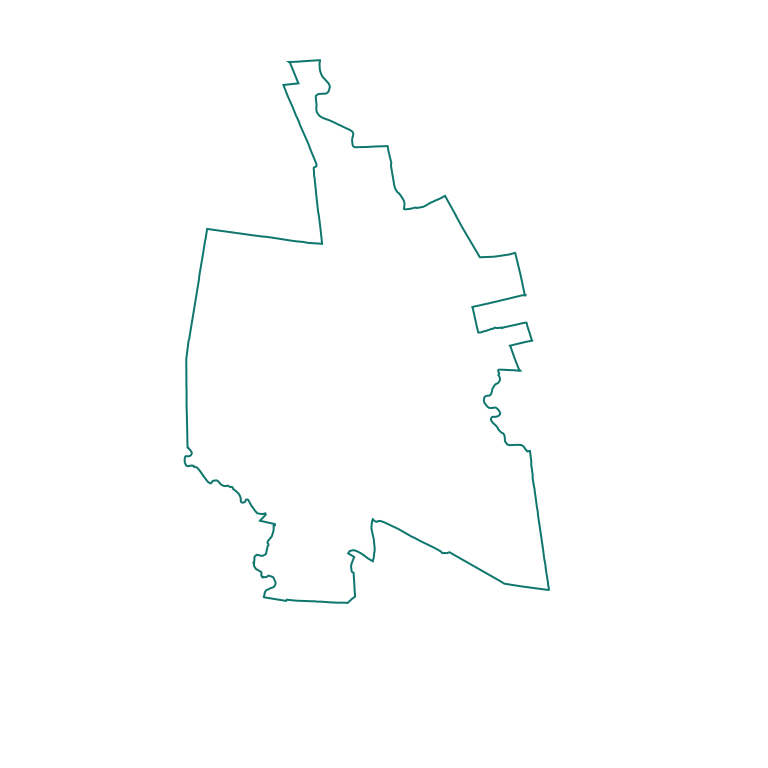 outline of Ulmi, Giurgiu, Romania, rotated 31°
{"feature_id": "2599482B15778475924534", "entity_name": "Ulmi", "entity_type": "district", "adm_level": 2, "iso_a3": "ROU", "parent_name": "Romania", "parent_adm1": "Giurgiu", "projection": "equal_earth", "projection_center": [25.773, 44.5], "detail": "fine", "context": "isolated", "style": "outline", "palette": "teal", "viewbox_px": 768, "rotation_deg": 31, "n_neighbors": 0, "source": "geoboundaries", "source_scale": "gbopen_adm2", "svg_char_len": 6153}
<svg xmlns="http://www.w3.org/2000/svg" viewBox="0 0 768 768"><g transform="rotate(31 384 384)"><path d="M434.4,607.2L436.1,606.1L438.0,605.4L442.7,602.7L449.1,599.5L456.1,595.8L462.5,591.9L465.6,590.4L467.2,584.7L468.7,581.2L455.2,561.5L453.9,561.6L452.8,561.3L449.8,557.5L449.1,555.9L448.6,554.0L447.5,547.6L440.5,547.6L440.6,545.0L441.4,544.0L442.4,543.2L443.4,542.1L446.7,541.3L450.9,541.0L454.8,541.2L460.5,541.8L465.7,541.7L464.5,537.7L462.6,533.9L461.9,531.7L460.7,529.8L455.2,522.3L451.2,518.2L448.5,515.3L447.3,513.8L446.2,511.7L444.3,507.3L444.1,505.7L446.4,506.3L447.4,506.3L448.8,505.8L449.1,505.5L449.3,504.9L450.6,503.7L451.5,503.3L453.4,502.8L455.8,502.4L470.8,500.9L485.3,500.6L487.5,500.5L488.8,500.2L497.1,499.8L512.4,498.4L519.4,498.3L520.6,498.9L521.2,498.9L522.9,497.7L525.2,496.5L526.7,494.5L586.1,493.1L589.9,493.2L605.1,487.1L631.2,475.8L631.3,475.5L630.7,474.4L628.1,471.6L626.1,468.9L618.4,459.8L615.1,455.4L612.6,452.7L609.9,449.5L607.1,445.8L596.5,432.8L583.8,417.4L581.4,414.1L578.5,410.8L571.0,401.4L569.1,399.2L566.9,396.2L564.8,394.0L559.9,388.2L558.3,385.3L552.0,377.7L550.1,374.5L543.6,366.2L542.3,367.5L541.7,367.9L541.4,367.4L540.2,367.6L539.5,367.4L538.5,366.8L535.6,365.6L533.4,365.6L532.7,365.8L530.2,367.1L523.0,371.8L521.5,372.2L520.7,372.3L517.3,370.8L516.7,370.2L516.4,369.5L514.6,367.0L512.5,365.2L511.5,365.0L509.8,365.2L506.9,364.5L506.1,364.3L502.7,362.4L499.9,361.7L497.2,361.2L495.5,360.5L494.1,359.5L493.7,358.8L493.5,357.9L493.5,357.1L493.7,356.6L494.7,355.7L496.7,354.6L498.3,352.8L498.7,352.1L498.9,351.3L499.0,350.4L498.9,349.7L498.4,349.0L497.7,348.4L496.6,347.8L494.6,347.0L493.6,346.8L492.1,346.7L491.1,347.1L489.7,348.4L487.2,350.0L486.3,350.3L485.4,350.3L483.9,350.0L480.2,348.6L479.2,347.9L477.9,346.4L477.1,344.3L477.0,342.8L477.6,341.8L478.4,341.0L479.8,340.1L480.5,339.3L480.8,338.3L480.9,337.6L480.6,335.7L480.0,333.8L479.6,332.9L479.4,331.7L479.4,329.3L479.4,328.2L480.0,326.2L481.2,324.6L481.5,322.8L481.5,321.5L481.2,320.6L479.8,318.8L478.4,317.8L477.4,317.4L477.3,315.5L476.0,314.8L475.3,314.2L474.9,313.6L475.0,313.2L475.0,312.8L475.3,312.4L478.8,310.4L484.7,307.3L488.2,305.3L492.7,303.2L493.9,302.4L492.2,301.9L491.4,301.4L482.2,294.3L473.2,286.8L472.2,286.3L483.8,274.9L488.8,270.5L488.8,270.4L487.7,270.0L483.0,265.7L477.0,260.5L474.8,258.2L474.2,258.1L470.0,261.8L468.5,263.4L457.8,273.5L457.2,274.1L456.5,275.3L456.1,275.4L455.7,275.1L453.1,277.2L451.1,278.3L450.2,278.5L449.8,278.8L449.5,279.2L449.4,279.9L449.3,280.2L447.8,281.4L446.6,282.8L446.4,283.3L445.4,284.2L444.7,285.3L442.0,287.9L440.6,289.7L440.0,290.2L438.3,291.3L434.8,287.8L422.2,274.5L421.2,273.4L420.1,272.7L420.9,271.7L434.1,259.1L456.8,236.8L457.7,236.1L459.6,235.3L459.5,235.0L459.0,235.4L444.8,220.1L429.4,204.5L428.7,204.1L424.9,208.3L412.8,218.2L400.9,226.0L370.3,209.4L358.4,202.4L358.5,202.3L339.4,191.3L337.5,194.6L335.4,197.8L333.2,200.7L332.0,202.7L330.7,204.4L329.2,207.0L328.8,207.9L327.4,210.4L326.2,212.1L321.4,216.3L320.8,216.2L320.0,216.6L316.6,220.0L312.3,223.4L310.9,223.6L308.9,219.2L307.6,217.5L305.7,216.1L300.7,213.6L298.2,212.8L296.8,212.7L293.5,211.1L290.8,208.8L277.6,193.4L276.3,190.6L267.7,181.9L264.6,178.2L253.3,185.5L247.5,189.5L237.8,195.6L236.9,196.1L235.3,196.1L234.1,195.3L233.5,194.7L231.6,192.2L230.7,190.7L230.0,188.9L229.7,187.5L229.1,185.9L228.8,185.4L227.7,184.4L226.4,183.9L223.8,183.8L216.5,184.6L214.2,184.7L211.7,185.1L207.0,185.4L201.3,186.1L194.7,187.4L192.9,187.5L190.3,187.3L188.7,186.7L186.5,185.6L185.3,184.4L184.4,183.3L182.3,179.3L178.5,174.3L177.5,172.8L177.3,172.0L177.7,170.6L178.4,169.4L178.8,168.9L183.5,165.8L184.3,165.2L185.2,164.2L185.5,163.5L185.7,162.5L185.7,161.2L184.9,158.1L184.7,157.9L184.5,157.1L183.3,155.9L181.4,154.8L172.9,152.2L171.0,151.0L169.6,150.0L167.7,148.2L166.1,146.2L163.7,142.6L163.3,141.4L162.4,139.5L160.7,140.5L146.3,150.5L143.0,152.9L136.7,156.9L137.9,157.0L139.8,158.4L155.8,170.4L143.8,179.5L153.6,187.1L162.5,193.3L168.9,198.1L170.2,199.2L172.8,200.8L176.5,203.4L178.2,205.0L195.4,217.0L201.1,221.6L212.2,229.8L213.0,230.6L213.6,231.3L213.9,232.4L212.5,234.3L212.5,235.1L215.8,239.8L216.8,241.5L218.9,243.7L219.6,244.8L228.7,257.0L238.8,270.3L241.1,272.8L250.5,284.8L258.7,295.7L246.1,302.2L241.4,303.9L235.3,306.9L229.4,309.4L210.2,317.2L206.2,319.0L204.3,320.0L195.9,323.7L152.5,342.2L156.0,350.7L157.1,353.9L161.3,364.3L169.8,386.0L170.6,387.8L171.0,388.4L171.6,389.8L193.9,446.0L194.1,447.3L201.8,464.7L216.5,488.8L218.9,492.5L225.3,503.2L240.4,527.0L246.5,536.8L247.9,538.7L248.1,539.4L248.4,539.7L250.2,539.7L250.7,540.2L251.6,540.3L253.0,540.9L254.7,541.9L255.1,542.9L255.2,544.0L255.1,544.7L254.8,545.4L253.8,546.6L251.2,548.0L251.1,548.6L251.3,549.8L252.1,551.5L253.3,553.5L255.9,555.5L257.4,555.8L258.9,555.0L260.8,553.1L262.9,552.2L263.6,552.9L264.6,552.4L265.9,552.0L267.4,552.1L270.7,553.2L277.3,556.2L283.2,558.5L285.6,558.7L286.7,558.4L287.1,556.9L287.0,555.8L287.6,554.8L290.1,552.8L292.1,552.8L295.8,554.1L297.7,554.1L299.4,553.8L301.0,553.0L301.8,552.1L302.7,551.5L304.7,551.6L307.1,550.5L307.8,550.8L308.2,551.4L308.7,551.8L310.1,551.7L311.1,552.0L313.5,552.3L316.0,552.9L318.4,554.3L320.5,556.2L321.3,557.9L322.6,558.8L323.9,558.6L325.1,557.4L325.6,556.2L325.3,554.4L325.7,553.7L326.5,553.3L327.4,553.3L332.8,556.5L338.9,559.1L342.0,560.1L346.4,558.4L348.9,556.0L349.9,556.9L348.8,562.3L348.1,564.8L348.1,565.1L362.6,560.3L363.3,561.4L362.4,562.3L364.7,566.2L366.3,572.4L365.5,577.9L365.5,579.0L366.0,580.2L367.2,580.7L367.9,581.5L367.7,582.6L370.3,590.3L370.3,590.8L368.4,593.9L367.0,594.6L363.0,595.8L362.2,597.6L362.1,599.1L363.6,601.7L364.0,602.7L364.2,604.3L364.7,604.1L365.0,604.9L365.8,606.0L366.4,607.0L369.5,608.5L375.6,608.4L376.4,609.1L377.3,611.2L378.2,611.9L379.6,612.3L379.6,611.5L381.0,611.2L382.7,609.9L383.1,609.2L383.5,607.9L385.6,607.2L387.7,606.8L388.4,606.7L388.9,606.9L393.2,609.9L393.8,610.9L394.2,612.2L394.2,613.6L394.1,614.6L393.6,615.5L391.4,618.1L390.8,619.4L389.4,621.1L389.2,621.9L389.1,623.0L389.3,624.5L389.9,625.8L390.4,627.4L390.5,628.4L391.4,628.5L391.8,628.3L411.9,620.3L411.7,619.0L420.4,614.9L434.4,607.2Z" fill="none" stroke="#0f766e" stroke-width="2"/></g></svg>